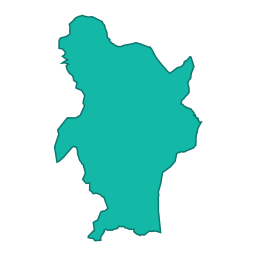 Lere, Kaduna, Nigeria (Albers equal-area conic projection)
{"feature_id": "59680162B33448314455063", "entity_name": "Lere", "entity_type": "district", "adm_level": 2, "iso_a3": "NGA", "parent_name": "Nigeria", "parent_adm1": "Kaduna", "projection": "albers", "projection_center": [8.605, 10.36], "detail": "fine", "context": "isolated", "style": "filled", "palette": "teal", "viewbox_px": 256, "rotation_deg": 0, "n_neighbors": 0, "source": "geoboundaries", "source_scale": "gbopen_adm2", "svg_char_len": 4325}
<svg xmlns="http://www.w3.org/2000/svg" viewBox="0 0 256 256"><path d="M201.4,122.0L201.0,122.0L200.6,122.0L200.3,122.1L199.9,122.2L199.5,122.0L199.2,121.9L199.0,121.7L198.9,121.3L198.8,121.0L198.7,120.8L198.7,120.5L198.6,120.2L198.4,120.0L198.2,119.9L197.7,119.8L197.6,119.7L197.8,119.3L198.0,119.3L198.0,119.2L198.2,118.8L198.2,118.7L198.1,118.4L197.9,118.1L197.6,118.1L197.5,118.3L197.3,118.2L197.1,118.2L196.8,117.8L196.6,117.8L196.5,117.6L196.3,117.4L196.1,117.3L196.0,117.2L195.8,117.1L195.7,116.8L195.5,116.7L195.4,116.4L195.2,116.5L194.9,116.4L194.7,116.3L194.8,116.2L195.0,116.0L195.2,115.8L195.4,115.7L195.5,115.6L195.3,115.4L195.1,115.2L194.9,115.3L194.7,115.4L194.4,115.4L194.1,115.4L194.1,115.2L194.3,115.0L194.2,115.0L193.9,114.8L194.0,114.7L194.3,114.4L194.0,114.3L193.9,114.1L193.9,113.8L194.0,113.7L194.0,112.9L190.8,108.9L189.5,108.9L189.1,108.4L188.7,108.1L188.4,108.0L188.2,108.0L187.2,107.7L186.4,107.8L185.7,107.0L185.7,106.6L185.0,106.5L184.7,106.4L183.5,105.6L183.3,105.4L182.8,104.4L182.3,104.2L181.7,104.1L181.4,104.0L181.0,103.9L181.1,102.6L182.1,99.8L183.7,98.8L184.7,97.3L185.4,96.5L186.3,95.6L187.6,94.4L187.9,94.0L189.1,92.3L188.9,87.3L188.4,85.8L188.0,84.8L188.0,83.1L188.2,82.0L188.5,81.0L188.7,80.5L190.7,78.4L190.6,78.2L190.9,76.2L191.3,73.2L192.5,70.2L193.3,68.2L193.9,66.6L191.0,57.1L189.8,56.8L187.3,60.0L185.7,60.8L184.3,61.7L183.7,64.3L181.2,66.7L177.1,67.9L174.8,69.7L172.3,71.6L169.8,73.2L167.6,71.4L161.8,64.8L156.7,58.3L155.0,55.7L153.7,53.1L151.7,49.1L150.0,47.1L148.5,47.1L145.4,45.9L142.0,44.6L141.7,44.4L137.4,43.1L135.2,42.8L133.4,43.5L132.0,43.9L123.6,45.4L120.6,46.7L117.9,46.5L117.4,46.3L116.7,45.9L114.4,45.0L113.3,43.8L111.9,43.3L110.5,41.9L109.6,41.1L109.7,40.2L109.9,39.5L108.0,38.1L107.2,36.9L106.9,32.4L104.7,27.1L104.7,25.5L103.0,23.5L102.2,21.6L92.1,16.7L88.2,17.1L87.9,17.0L84.0,16.1L82.5,15.4L78.1,16.7L75.5,18.0L74.4,19.3L73.5,20.4L72.4,21.4L69.3,24.2L70.1,27.6L70.1,28.5L69.7,30.5L70.0,32.3L69.7,34.2L68.2,35.3L67.3,36.0L64.9,36.9L60.9,37.9L59.7,39.0L59.1,40.8L59.0,48.3L62.4,48.9L65.5,52.3L64.4,55.0L62.4,56.3L65.7,58.8L67.6,59.8L64.3,61.5L62.5,62.8L62.1,63.1L63.1,63.0L64.8,62.8L68.5,64.2L67.9,64.6L66.2,65.8L66.9,68.8L67.6,70.3L69.0,72.6L69.4,73.3L70.3,73.9L71.9,74.9L73.4,77.8L73.6,80.2L77.0,82.7L75.9,87.9L80.8,90.1L81.8,90.5L84.7,95.7L83.0,102.9L84.6,105.5L80.3,115.2L75.7,118.0L72.0,117.9L67.6,117.9L67.3,117.9L57.7,129.9L58.4,132.9L58.7,133.5L58.8,134.2L54.6,146.9L57.0,162.2L58.6,161.4L59.7,160.7L64.4,156.3L64.4,156.2L71.1,148.5L72.2,147.3L73.6,146.3L77.0,147.7L77.0,148.8L77.5,151.0L77.5,152.5L77.6,153.0L77.6,153.9L79.5,159.7L80.3,161.2L80.9,161.8L81.0,161.9L81.8,163.3L83.8,165.8L83.6,166.7L84.2,168.1L85.4,173.2L82.7,179.4L86.1,183.4L89.8,183.1L89.6,190.2L92.0,192.0L92.9,193.5L94.2,193.6L95.9,193.1L100.4,194.6L102.3,196.8L102.9,196.8L103.6,196.7L104.3,198.5L107.9,208.3L107.5,208.8L106.4,209.6L105.0,210.8L103.9,211.0L102.7,211.2L102.4,211.2L100.8,212.0L97.7,219.9L93.3,222.4L94.5,230.5L94.1,230.8L93.4,230.9L88.8,235.8L88.3,236.4L88.2,237.6L92.8,238.5L93.7,238.7L94.2,239.6L94.4,240.0L94.8,240.6L100.8,240.3L100.7,238.1L100.6,237.1L101.3,236.2L102.2,234.7L102.5,234.4L104.3,231.6L104.0,230.3L105.9,229.3L108.0,230.2L108.6,230.3L109.7,230.2L110.6,230.0L111.2,229.9L111.4,230.2L112.0,230.4L114.3,229.1L114.8,229.0L114.9,228.8L115.6,228.7L116.0,228.8L116.9,228.7L117.1,228.4L117.6,228.2L118.3,227.1L119.0,226.2L119.9,226.4L120.1,226.5L122.6,226.7L123.9,226.3L124.8,227.6L126.2,228.1L127.5,228.1L128.0,228.7L129.8,229.4L133.9,229.0L133.8,230.7L133.8,230.9L134.0,231.7L134.2,232.1L137.2,234.4L138.2,234.3L138.6,234.7L139.6,235.3L140.3,235.5L140.9,235.0L141.9,234.3L143.6,235.1L144.2,235.0L144.8,234.7L145.2,234.4L148.9,231.3L151.0,231.4L155.7,231.0L160.6,232.5L160.5,231.4L158.9,215.6L158.4,211.4L158.4,208.0L158.4,203.5L158.4,200.2L158.2,198.5L158.4,197.3L158.7,194.7L158.3,192.1L160.2,185.4L160.9,182.9L161.6,178.1L162.5,172.6L163.4,171.9L166.3,169.7L166.8,169.4L170.3,166.9L173.8,162.9L175.0,161.5L175.4,159.7L176.2,156.0L176.7,153.5L177.9,152.6L179.1,152.6L181.2,151.7L183.4,152.0L185.2,151.6L187.0,150.5L191.1,148.9L193.3,148.0L194.4,146.8L194.7,146.4L194.8,146.3L195.8,145.2L195.8,143.5L196.0,141.2L195.8,139.2L196.1,137.1L196.3,134.5L197.2,132.4L197.5,129.4L199.2,125.7L201.4,122.0Z" fill="#14b8a6" stroke="#0f766e" stroke-width="1.5"/></svg>